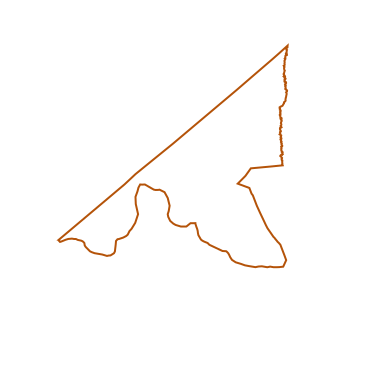 the district of Vubwi, Eastern, Zambia, rotated 159°
{"feature_id": "96606910B99969900210710", "entity_name": "Vubwi", "entity_type": "district", "adm_level": 2, "iso_a3": "ZMB", "parent_name": "Zambia", "parent_adm1": "Eastern", "projection": "orthographic", "projection_center": [32.719, -13.993], "detail": "fine", "context": "isolated", "style": "outline", "palette": "amber", "viewbox_px": 384, "rotation_deg": 159, "n_neighbors": 0, "source": "geoboundaries", "source_scale": "gbopen_adm2", "svg_char_len": 5437}
<svg xmlns="http://www.w3.org/2000/svg" viewBox="0 0 384 384"><g transform="rotate(159 192 192)"><path d="M50.3,294.4L60.4,290.5L69.0,287.3L96.1,277.6L113.3,271.4L166.1,253.1L192.3,244.0L238.2,229.0L252.2,223.3L333.6,195.1L333.1,194.8L333.7,194.2L333.1,192.7L331.6,192.6L327.1,192.7L324.3,192.5L320.8,191.5L318.8,190.3L317.2,189.7L315.8,188.2L312.9,186.3L311.8,185.2L311.0,183.6L310.8,182.9L311.3,180.5L310.9,178.7L308.5,173.2L307.2,171.8L304.9,169.8L298.2,165.8L294.3,162.8L292.5,162.5L290.8,162.0L286.8,162.8L285.3,164.1L282.1,170.2L280.5,173.5L278.5,174.6L277.1,174.3L272.5,174.1L269.2,174.5L267.3,175.2L264.4,177.9L261.6,179.3L256.1,183.5L250.3,190.6L248.8,200.9L246.5,207.7L242.7,212.1L240.4,215.3L237.7,217.6L236.0,216.8L233.3,215.9L226.8,207.9L225.2,206.9L222.6,206.0L221.5,205.8L217.7,201.7L216.8,195.1L217.8,187.2L220.6,182.5L222.6,180.0L223.1,177.3L222.7,172.8L220.8,169.2L219.1,167.1L214.7,163.7L209.6,161.8L204.6,163.4L200.0,161.7L200.2,161.1L200.4,157.8L200.4,155.8L200.6,153.8L201.2,151.4L201.5,149.4L200.7,144.4L199.8,142.9L198.4,141.3L195.7,138.8L194.7,136.5L184.7,126.0L181.4,124.5L181.0,124.0L180.1,121.8L179.8,119.6L179.7,117.5L179.0,114.3L176.4,110.7L171.9,107.2L168.9,104.6L165.5,102.5L159.7,99.1L156.6,98.6L153.4,97.6L148.7,94.8L146.3,94.4L145.9,94.4L142.7,92.5L137.8,90.7L133.6,89.6L128.5,94.6L128.4,100.0L128.4,110.5L128.4,111.2L128.7,111.9L129.1,113.1L130.0,115.0L130.3,116.2L130.6,116.9L130.9,118.0L131.2,118.6L131.4,119.7L132.0,120.8L134.5,131.1L134.9,134.6L135.2,138.9L135.9,147.9L136.4,155.9L136.4,167.1L137.0,169.1L137.0,175.2L146.3,183.4L136.3,187.9L128.6,193.0L108.4,187.3L97.8,184.4L97.8,185.0L97.9,185.6L97.5,185.9L97.4,186.2L97.4,186.7L96.8,188.1L96.7,188.5L96.5,188.8L96.4,189.0L96.5,189.1L96.8,189.2L96.8,189.3L96.6,189.9L96.6,190.8L96.3,191.0L96.0,191.1L95.7,191.5L95.8,191.8L96.1,192.8L96.3,193.1L96.4,193.5L96.7,193.8L96.7,194.0L96.2,194.4L95.3,194.8L94.9,194.8L94.5,194.4L94.1,194.7L93.7,194.8L93.8,195.8L93.5,196.2L93.1,196.6L93.1,196.8L93.2,197.0L93.5,197.2L93.8,197.3L93.7,197.6L93.7,197.8L93.7,198.2L93.5,198.4L93.5,198.5L93.7,198.8L93.6,199.2L93.3,199.7L93.2,200.0L93.3,200.3L93.2,200.4L92.8,200.6L92.7,200.7L92.6,201.5L92.6,202.0L92.5,202.4L91.6,202.3L91.4,202.4L91.1,203.1L91.3,203.7L91.4,204.6L91.4,204.8L91.0,205.0L90.8,205.1L90.8,205.3L90.8,205.9L91.0,206.4L91.1,206.7L91.0,206.9L90.4,206.9L90.3,207.0L90.4,207.7L90.4,208.3L90.2,208.8L90.6,209.2L90.6,209.4L90.5,209.5L90.2,209.5L90.0,209.3L89.7,209.4L89.4,209.7L89.3,210.2L89.8,210.8L89.8,211.2L89.4,211.6L89.1,211.7L89.1,212.2L88.8,212.4L88.6,212.6L88.4,212.9L88.6,213.3L88.9,213.5L89.2,214.0L89.5,214.2L89.6,214.4L89.3,214.6L88.8,214.9L88.5,215.2L88.4,215.5L88.5,216.2L88.2,216.6L87.9,216.7L87.5,216.7L87.2,216.9L87.2,217.3L87.4,217.7L87.4,218.2L87.3,218.6L87.4,218.8L87.3,219.1L87.3,219.4L86.9,220.2L86.7,220.4L86.2,220.2L85.9,220.2L85.5,220.2L85.2,220.3L85.4,221.3L85.4,221.8L85.5,222.0L85.0,222.3L84.5,222.7L84.3,223.6L84.4,224.3L83.9,225.1L83.0,226.0L83.3,226.2L83.5,226.0L83.0,226.7L82.3,228.0L82.1,228.2L82.0,228.6L81.9,228.9L82.0,229.1L82.3,229.1L82.6,228.9L82.8,228.9L82.9,228.6L83.1,228.6L83.1,228.9L82.8,229.9L82.6,230.2L82.6,230.7L82.4,231.3L82.2,231.7L82.2,231.9L82.5,231.9L82.5,232.0L82.5,232.4L82.4,232.6L82.2,232.6L81.7,232.5L81.3,233.4L81.5,234.1L81.5,234.3L80.8,234.8L80.8,235.4L80.8,235.6L80.6,235.7L80.4,235.7L80.1,235.9L80.1,237.0L80.4,237.2L80.5,237.3L80.4,237.5L80.3,237.9L80.1,238.0L79.9,238.4L79.9,238.9L80.1,239.1L79.9,239.6L79.5,239.6L79.3,239.7L79.1,239.9L78.4,240.0L77.9,239.9L76.9,240.1L76.6,240.1L75.6,240.9L75.2,241.3L74.4,241.7L74.1,242.6L73.8,242.9L72.8,243.1L71.9,243.7L71.8,244.0L71.8,244.3L71.7,244.5L71.4,245.2L71.0,245.7L70.9,246.1L70.6,246.4L70.0,247.2L69.7,247.8L68.5,249.6L68.4,249.9L68.4,250.4L68.3,251.0L68.4,251.3L68.0,251.5L67.8,251.8L67.6,251.9L67.3,251.9L67.1,252.4L67.2,252.7L66.9,252.9L67.0,253.2L67.3,253.4L67.5,253.9L67.4,254.3L67.4,254.5L67.6,254.7L67.9,254.6L68.0,254.7L67.9,255.0L67.6,255.4L67.0,256.3L66.9,256.6L67.1,257.1L67.1,257.5L66.9,257.6L66.6,257.5L66.2,258.0L66.2,258.4L66.6,258.8L66.6,259.2L66.3,259.3L65.7,259.8L65.2,259.9L65.1,260.0L65.1,260.4L64.9,260.7L64.9,260.9L65.1,261.1L65.4,261.3L65.8,261.3L66.1,261.9L65.9,262.1L65.7,262.2L65.7,262.5L65.5,262.9L65.4,263.0L65.5,263.1L65.4,263.2L65.4,263.7L64.9,264.0L64.8,264.3L64.5,264.2L64.3,264.1L64.2,264.1L64.0,264.4L64.2,264.9L64.2,265.0L64.3,265.3L64.6,265.3L64.7,265.5L64.5,265.8L64.7,266.3L64.1,266.1L63.8,266.3L63.7,266.5L63.9,267.6L64.1,267.7L64.2,268.1L64.3,268.1L64.3,268.4L64.1,268.4L64.2,268.7L64.2,268.9L64.0,269.0L64.0,269.3L63.8,269.3L63.7,269.4L63.5,270.0L62.6,271.2L62.4,271.4L62.3,271.6L62.3,271.8L61.9,272.1L62.0,272.5L61.9,273.9L61.8,274.2L61.6,274.8L61.5,275.0L61.2,275.1L61.1,275.4L60.8,275.7L60.8,276.0L61.1,276.3L61.1,277.0L60.9,277.0L60.9,276.9L60.7,276.9L60.5,277.0L60.3,277.2L60.1,277.3L60.0,277.5L59.7,278.0L59.6,279.0L59.2,279.5L58.9,280.1L58.8,281.0L58.5,281.6L58.0,281.9L57.7,282.4L57.1,282.8L57.1,283.0L57.4,283.3L56.8,283.6L56.7,283.8L56.8,284.3L56.3,285.0L56.1,285.4L55.9,285.8L55.6,285.9L54.4,285.8L54.3,286.0L54.8,286.3L54.6,286.5L54.7,286.8L54.9,286.8L54.9,287.1L54.8,287.5L54.7,287.7L54.3,287.7L54.0,287.4L53.9,287.5L54.1,287.9L54.0,288.2L53.4,288.9L53.1,289.7L53.0,289.9L52.5,290.5L52.8,290.8L52.8,291.5L52.5,291.7L52.3,292.2L52.1,292.5L51.1,292.8L50.9,293.0L50.9,293.5L51.1,293.7L51.1,293.8L50.6,294.2L50.4,294.2L50.3,294.4Z" fill="none" stroke="#b45309" stroke-width="2"/></g></svg>